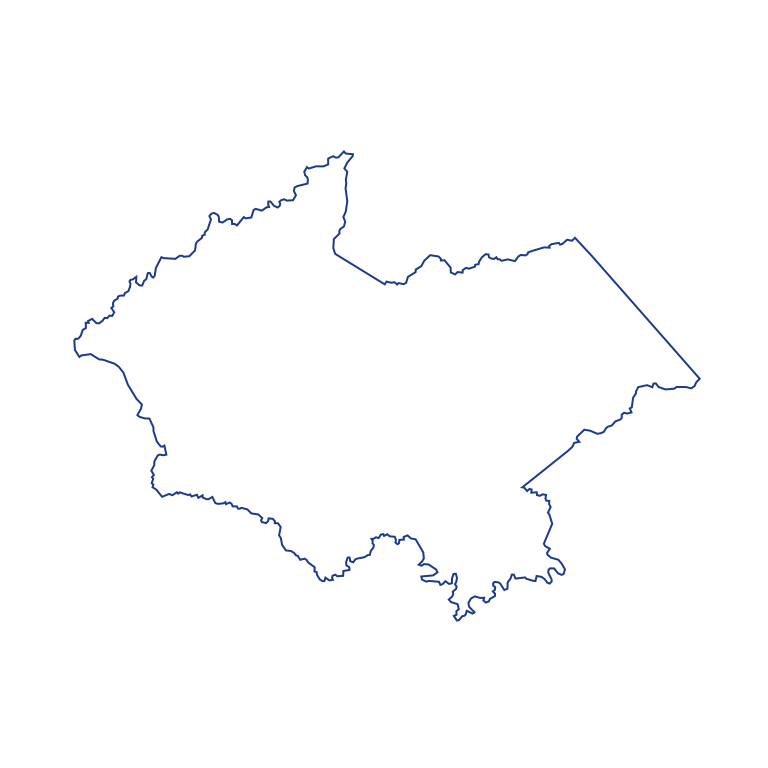 the district of Crixás, Goiás, Brazil, rotated 97°
{"feature_id": "56859067B65270192484225", "entity_name": "Crixás", "entity_type": "district", "adm_level": 2, "iso_a3": "BRA", "parent_name": "Brazil", "parent_adm1": "Goiás", "projection": "albers", "projection_center": [-50.028, -14.631], "detail": "fine", "context": "isolated", "style": "outline", "palette": "blue", "viewbox_px": 768, "rotation_deg": 97, "n_neighbors": 0, "source": "geoboundaries", "source_scale": "gbopen_adm2", "svg_char_len": 6146}
<svg xmlns="http://www.w3.org/2000/svg" viewBox="0 0 768 768"><g transform="rotate(97 384 384)"><path d="M394.3,689.7L392.5,687.8L390.1,678.7L394.3,669.6L394.1,666.0L396.8,653.6L399.3,649.3L404.5,644.0L416.1,638.0L429.1,627.7L433.8,621.8L438.1,622.2L444.9,625.0L446.4,622.7L447.3,617.1L446.9,612.6L455.1,607.6L459.0,607.0L468.9,602.4L473.2,598.0L473.1,595.9L471.9,594.5L480.6,591.4L481.6,594.3L481.4,598.1L482.5,599.9L488.9,602.5L492.5,602.1L498.4,604.4L502.3,601.3L504.7,603.0L506.3,601.5L510.7,602.5L512.1,600.6L514.6,601.2L516.7,597.0L523.0,590.5L519.3,583.9L520.2,580.5L516.7,576.4L517.9,575.0L516.4,573.7L518.1,564.7L517.2,563.0L519.1,561.3L516.7,556.2L519.6,554.4L516.6,550.5L518.7,550.2L520.0,546.0L519.6,544.0L517.0,540.6L522.8,536.9L523.2,533.7L521.9,528.6L520.6,527.0L522.5,526.2L520.4,522.6L521.6,520.6L523.9,519.3L523.4,515.1L525.4,513.8L525.4,511.9L524.3,510.4L525.1,504.4L528.6,499.9L528.8,492.9L531.9,488.5L534.3,489.4L535.8,488.5L536.5,484.2L534.2,482.3L531.4,482.1L531.4,477.9L533.6,475.5L535.4,475.5L535.2,472.2L538.6,469.1L547.0,469.7L549.4,467.7L556.1,465.5L561.1,461.2L561.1,456.0L562.9,452.2L564.7,450.7L565.1,448.6L568.7,445.7L567.0,441.5L568.1,439.3L570.2,437.7L574.4,430.4L578.5,430.2L579.0,427.9L581.5,427.3L585.9,423.8L587.1,421.0L586.8,419.1L583.3,418.5L585.6,414.4L584.6,410.8L582.5,412.0L580.6,411.7L579.2,409.1L580.5,406.9L579.4,401.2L574.5,401.5L572.8,395.6L570.1,396.1L568.6,399.2L565.7,399.9L560.8,399.0L560.4,397.0L564.0,395.9L564.7,392.8L561.7,391.2L560.6,389.5L558.3,382.3L555.7,379.1L555.4,377.3L551.1,376.7L548.0,374.7L545.2,374.4L543.3,376.0L540.7,376.2L539.2,377.5L538.9,375.4L537.1,373.3L537.6,370.5L533.9,368.8L533.1,366.4L534.8,365.4L532.7,362.5L534.5,359.8L534.3,354.7L537.4,353.1L539.8,353.4L541.4,351.2L540.3,349.8L536.8,349.7L536.0,345.3L533.4,345.8L531.4,342.2L534.0,338.4L534.3,333.7L546.4,324.5L552.3,323.2L555.4,324.5L559.1,327.5L559.8,324.7L557.9,322.3L557.7,317.7L561.8,309.6L564.4,308.0L568.0,311.9L570.5,323.5L573.4,322.5L575.0,318.1L574.0,315.5L573.6,305.3L576.6,303.5L575.4,301.4L572.3,299.1L574.5,295.0L573.5,292.3L568.7,292.8L564.1,291.8L563.6,289.6L567.6,287.9L571.9,288.2L574.0,289.2L576.3,287.2L578.6,287.5L581.7,290.4L583.9,289.7L586.5,290.3L590.0,293.4L592.3,290.9L593.5,284.2L598.3,282.3L600.8,284.5L604.2,283.9L605.7,286.4L609.9,282.8L609.2,280.8L604.9,278.0L604.4,276.2L603.0,274.9L599.0,274.2L601.1,268.1L599.6,266.3L594.9,272.2L593.1,273.0L591.1,273.5L586.4,271.6L583.7,268.0L584.6,262.7L584.0,258.5L586.7,259.0L588.5,256.4L587.1,253.5L584.3,252.6L581.0,248.1L578.6,248.2L576.7,250.7L574.7,248.8L572.0,248.9L570.9,251.0L568.8,251.4L567.0,250.3L566.9,246.3L567.9,244.4L573.8,239.5L572.1,236.5L566.0,237.1L561.6,234.7L557.6,233.9L557.4,231.9L561.1,229.8L558.8,220.4L560.0,218.9L561.2,211.5L561.1,209.7L556.0,209.1L556.2,204.2L558.2,200.6L561.3,197.7L561.9,195.2L559.5,193.5L557.4,193.9L551.2,198.0L548.3,198.0L546.8,196.8L546.3,192.6L550.6,188.4L551.8,184.5L550.8,182.6L545.9,181.8L540.7,185.7L537.2,189.5L536.0,197.1L533.6,200.8L531.8,201.6L527.3,199.3L525.3,204.2L523.1,205.9L502.2,200.0L493.4,204.0L491.7,205.6L485.8,203.6L483.0,205.5L479.9,205.7L480.0,208.7L478.0,209.8L474.4,209.6L474.1,212.9L476.0,215.7L475.6,218.6L472.8,219.2L474.0,224.5L470.8,224.6L470.4,226.8L472.8,228.9L469.8,232.2L469.7,234.1L427.9,193.2L423.2,189.2L419.3,188.2L417.6,183.1L414.9,186.1L412.6,185.9L405.0,179.6L405.2,173.9L407.4,166.2L406.5,163.0L404.6,159.9L400.8,158.3L399.1,156.6L397.5,152.9L392.9,149.8L390.6,145.3L388.8,143.9L385.3,144.3L383.3,142.2L383.7,139.3L382.1,134.9L378.3,137.1L376.9,135.2L367.4,135.1L362.9,132.9L360.6,132.9L356.1,131.3L353.1,122.7L354.5,117.3L350.7,116.5L350.3,114.2L353.5,111.1L355.1,104.0L353.3,95.4L351.3,93.2L350.2,83.7L350.9,78.6L348.2,75.5L344.3,74.3L340.3,71.3L231.6,193.3L215.6,212.3L218.9,214.9L218.5,219.9L223.3,224.1L224.2,226.2L222.6,227.6L224.8,234.8L226.9,236.9L228.5,236.3L228.9,241.8L233.7,252.8L235.8,257.0L237.7,257.4L239.1,259.2L239.3,264.1L241.2,266.3L246.1,269.0L245.2,276.3L247.4,282.3L246.1,284.5L246.3,286.5L244.5,287.9L246.5,290.1L246.3,293.0L245.4,295.2L242.7,296.1L242.8,298.9L246.2,302.2L251.2,304.6L253.4,304.7L254.6,308.0L256.5,308.1L259.2,313.8L258.7,316.7L261.3,319.7L263.9,319.6L263.9,324.6L266.6,326.8L265.1,331.3L260.5,332.0L253.8,339.0L254.5,342.6L252.7,342.9L250.8,345.4L250.5,353.8L256.6,359.0L262.6,361.4L266.5,366.4L269.1,366.3L274.8,373.3L280.9,374.4L282.5,376.7L282.1,382.0L283.6,383.0L281.7,386.0L282.6,389.0L282.1,394.0L285.0,395.4L260.8,448.3L255.3,450.9L246.2,451.4L240.1,446.5L237.4,447.0L235.7,446.4L232.4,442.9L227.5,442.3L223.3,444.7L217.6,443.0L207.1,442.7L194.5,446.0L189.6,445.9L185.8,446.8L177.9,446.3L174.8,449.6L168.8,447.5L161.7,442.9L159.7,442.8L159.9,450.2L158.1,452.1L164.6,456.9L165.2,459.4L164.1,462.3L167.1,466.9L172.8,466.2L175.4,470.6L176.2,477.8L179.3,484.9L178.1,486.9L183.0,489.0L186.5,487.7L187.9,485.6L190.1,484.5L194.4,484.3L198.1,494.1L199.8,496.6L203.3,497.0L207.4,494.4L212.7,496.7L213.8,502.9L212.8,505.6L214.0,508.3L215.9,510.1L217.8,508.9L220.2,509.4L221.8,511.2L220.5,515.0L216.7,518.9L217.0,521.0L220.0,520.8L222.4,519.7L222.8,521.9L226.8,526.4L225.8,532.7L227.2,534.6L234.9,536.0L236.5,541.6L235.4,543.5L244.5,549.2L243.3,551.8L243.7,554.3L239.9,554.9L238.8,557.0L239.7,559.7L243.4,563.9L243.0,567.4L238.0,568.4L236.4,569.7L234.9,573.6L236.0,576.1L238.6,577.8L241.7,575.8L252.2,577.9L255.3,580.4L257.8,580.2L259.0,582.5L261.1,582.5L265.5,586.8L267.5,587.8L274.4,587.8L280.9,592.8L282.1,598.1L281.3,600.1L281.7,602.5L285.2,606.3L285.9,617.9L285.3,620.4L296.8,624.6L304.6,624.8L306.5,626.1L305.5,627.9L302.3,630.1L302.8,632.0L308.9,632.7L310.9,634.7L315.7,636.0L316.0,638.4L313.4,642.5L307.8,642.9L310.8,646.0L311.5,648.3L313.1,649.1L315.2,647.9L318.4,647.9L322.9,649.0L325.4,652.3L327.9,652.9L328.5,656.9L329.7,658.7L331.6,658.7L334.3,662.0L337.0,662.9L339.9,662.1L341.8,663.9L345.7,660.5L349.6,662.1L349.6,664.8L352.4,666.8L352.4,669.4L355.4,671.0L358.5,674.1L358.7,676.8L354.9,681.7L357.6,685.4L359.3,684.6L359.5,687.5L364.8,686.7L367.0,689.6L372.9,690.8L375.3,692.2L376.6,693.6L376.7,695.7L378.6,696.7L387.9,694.9L394.3,689.7Z" fill="none" stroke="#1e3a8a" stroke-width="2"/></g></svg>